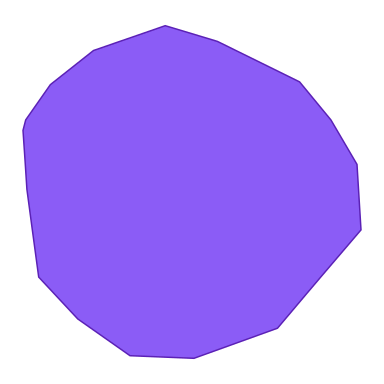 the district of Naftalan City, Goranboy, Azerbaijan
{"feature_id": "54616110B32389340464615", "entity_name": "Naftalan City", "entity_type": "district", "adm_level": 2, "iso_a3": "AZE", "parent_name": "Azerbaijan", "parent_adm1": "Goranboy", "projection": "orthographic", "projection_center": [46.798, 40.447], "detail": "fine", "context": "isolated", "style": "filled", "palette": "violet", "viewbox_px": 384, "rotation_deg": 0, "n_neighbors": 0, "source": "geoboundaries", "source_scale": "gbopen_adm2", "svg_char_len": 380}
<svg xmlns="http://www.w3.org/2000/svg" viewBox="0 0 384 384"><path d="M169.3,26.9L165.2,25.7L93.5,50.5L50.4,84.6L25.7,119.9L23.0,130.4L25.2,162.9L26.9,189.3L32.9,234.1L38.7,277.1L77.8,319.0L130.0,355.7L194.0,358.3L277.5,328.2L306.6,293.7L321.8,275.8L361.0,229.9L357.0,164.4L330.9,119.9L299.6,81.9L217.4,41.4L169.3,26.9Z" fill="#8b5cf6" stroke="#5b21b6" stroke-width="1.5"/></svg>